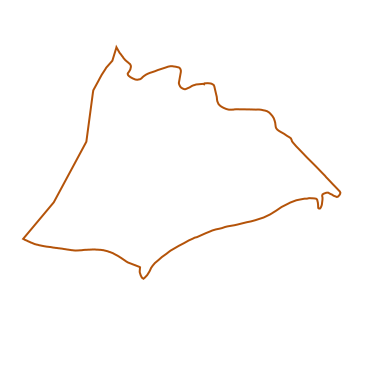 Dennery Village, Dennery, Saint Lucia, rotated 23°
{"feature_id": "8701671B98909054283677", "entity_name": "Dennery Village", "entity_type": "district", "adm_level": 2, "iso_a3": "LCA", "parent_name": "Saint Lucia", "parent_adm1": "Dennery", "projection": "mercator", "projection_center": [-60.891, 13.911], "detail": "fine", "context": "isolated", "style": "outline", "palette": "amber", "viewbox_px": 384, "rotation_deg": 23, "n_neighbors": 0, "source": "geoboundaries", "source_scale": "gbopen_adm2", "svg_char_len": 5837}
<svg xmlns="http://www.w3.org/2000/svg" viewBox="0 0 384 384"><g transform="rotate(23 192 192)"><path d="M65.9,88.3L66.0,88.9L67.4,102.3L64.5,111.0L64.2,113.1L63.1,119.3L62.8,122.3L62.7,123.3L62.4,126.8L61.4,137.0L61.8,138.5L61.9,139.0L75.1,187.0L73.5,204.5L68.8,255.5L54.9,301.1L56.0,301.2L56.8,301.3L57.6,301.3L58.5,301.3L59.1,301.3L59.5,301.3L60.1,301.4L60.8,301.4L61.2,301.4L61.9,301.4L62.5,301.4L63.4,301.5L64.0,301.4L65.0,301.4L65.8,301.4L66.3,301.4L66.8,301.4L67.3,301.4L67.7,301.4L68.1,301.3L68.9,301.2L69.7,301.1L70.4,300.9L71.3,300.8L72.2,300.7L73.0,300.5L73.5,300.4L74.6,300.2L75.5,300.0L76.0,299.9L77.0,299.7L77.4,299.6L78.2,299.4L79.1,299.2L80.2,298.9L81.1,298.6L82.2,298.3L83.1,298.0L84.0,297.8L84.4,297.7L85.4,297.5L85.9,297.4L87.2,297.0L88.1,296.8L88.4,296.7L88.9,296.5L90.0,296.2L90.9,296.0L92.1,295.6L93.3,295.3L93.6,295.2L94.2,295.0L95.5,294.7L96.5,294.5L97.5,294.2L99.2,293.8L100.0,293.6L100.6,293.4L101.1,293.3L101.5,293.2L102.5,292.9L103.4,292.7L104.2,292.5L104.7,292.3L105.8,292.0L106.1,291.9L106.5,291.8L107.6,291.4L108.3,291.1L109.3,290.6L110.0,290.3L111.0,289.8L111.7,289.4L112.5,289.1L113.0,288.8L113.6,288.5L114.0,288.2L114.7,287.8L115.4,287.4L116.1,287.1L116.4,286.9L116.8,286.7L117.3,286.5L117.7,286.3L118.6,285.9L119.3,285.5L120.3,285.1L121.0,284.7L121.5,284.5L122.5,284.0L122.8,283.8L123.4,283.6L123.8,283.4L124.2,283.2L125.1,282.8L126.0,282.6L127.1,282.2L127.5,282.0L128.4,281.7L129.3,281.4L130.0,281.1L131.0,280.8L131.4,280.7L132.1,280.5L132.6,280.4L133.0,280.2L133.9,280.1L135.1,279.9L135.7,279.8L136.9,279.6L137.9,279.5L138.7,279.5L139.5,279.4L140.3,279.3L141.1,279.3L141.8,279.3L142.7,279.2L143.6,279.3L144.5,279.4L145.6,279.5L146.5,279.6L147.2,279.6L147.6,279.7L148.3,279.7L148.9,279.8L149.4,279.9L149.8,279.9L150.2,280.0L151.2,280.2L152.0,280.3L152.5,280.4L152.8,280.4L153.9,280.7L154.7,280.8L155.5,281.0L156.7,281.2L157.5,281.4L158.4,281.6L159.1,281.7L159.8,281.8L160.6,281.9L172.4,281.5L173.1,281.5L173.6,281.6L174.4,284.1L174.5,284.4L175.0,285.8L175.4,286.5L177.5,288.9L178.4,289.6L179.3,290.4L181.2,290.8L181.9,289.5L183.2,286.1L183.9,281.7L184.0,279.6L184.0,278.0L184.6,275.1L185.6,271.9L187.8,267.6L189.7,263.6L192.6,258.9L194.3,255.8L195.2,254.3L200.9,246.7L204.7,242.1L208.0,237.8L210.9,234.7L212.3,233.0L214.2,231.6L218.0,227.5L220.7,224.6L224.0,221.3L225.7,219.5L228.6,217.1L231.4,215.2L233.7,213.5L236.1,211.3L238.1,209.8L244.2,205.9L246.7,204.1L250.0,201.6L254.4,198.3L255.9,197.3L257.8,196.0L261.2,193.3L267.9,187.5L272.6,182.2L276.9,176.1L280.3,170.8L285.2,165.0L286.6,163.3L291.2,158.9L293.8,157.1L298.3,154.1L300.3,153.3L302.2,151.9L305.7,150.6L307.5,150.0L308.9,149.7L309.7,149.9L310.3,150.3L312.0,152.6L313.1,154.6L314.2,156.9L314.5,157.4L315.5,157.6L316.4,157.0L316.6,155.7L316.6,153.9L316.4,152.6L315.1,148.1L314.4,146.3L313.6,145.1L313.3,144.7L313.1,143.2L313.9,142.1L315.9,140.2L317.6,139.4L320.0,139.7L322.0,139.7L323.7,140.1L325.8,140.0L327.3,140.0L328.2,139.2L328.9,137.3L329.1,135.8L328.8,134.6L328.2,134.1L327.9,133.8L321.2,130.9L318.1,129.6L315.2,128.3L309.6,125.9L308.1,125.1L304.0,123.4L296.5,120.2L286.3,116.1L283.6,115.0L276.9,112.1L270.0,109.2L265.5,107.0L264.2,106.2L263.2,105.0L262.6,104.5L262.2,104.1L261.8,103.9L260.9,103.7L259.3,103.4L258.2,103.3L257.6,103.2L255.6,102.8L254.3,102.5L250.8,102.1L250.5,102.1L247.8,101.7L246.0,101.2L245.3,100.8L244.5,100.3L243.9,99.7L243.1,98.5L242.8,97.9L242.1,96.8L241.7,96.0L240.4,94.3L238.5,92.2L236.4,90.7L234.4,89.7L232.1,88.7L229.6,88.3L227.5,88.5L225.7,88.9L223.9,89.2L223.4,89.3L221.5,89.9L219.6,90.7L219.1,91.0L216.0,92.2L215.5,92.4L211.7,93.9L200.8,98.4L200.3,98.6L199.7,98.9L198.9,99.3L198.3,99.7L197.7,100.1L197.3,100.2L197.0,100.4L196.4,100.7L195.5,101.1L194.8,101.4L194.1,101.7L193.6,101.8L193.3,101.9L192.5,102.0L191.8,102.1L191.0,102.2L190.2,102.2L189.5,102.2L188.5,102.2L188.1,102.2L187.2,102.1L186.9,102.1L186.2,102.0L185.6,101.9L185.0,101.8L184.2,101.6L183.5,101.3L183.2,101.2L182.8,101.0L182.4,100.9L182.1,100.7L181.3,100.0L180.9,99.6L180.3,99.0L179.7,98.4L179.3,97.7L178.8,97.0L178.5,96.3L178.1,95.7L177.8,95.0L174.2,90.1L171.3,86.1L170.3,85.1L169.7,85.0L169.0,84.8L167.5,84.7L166.1,85.0L165.5,85.2L164.8,85.4L163.5,85.9L162.7,86.3L161.9,86.7L161.1,87.1L161.1,88.1L160.4,88.1L160.0,88.1L155.7,90.4L153.8,91.4L153.3,91.9L152.9,92.2L152.5,92.6L152.1,92.9L151.6,93.2L151.3,93.6L150.7,94.2L150.4,94.5L149.8,95.4L149.4,96.0L149.1,96.4L148.4,97.2L148.1,97.5L147.5,98.1L146.8,98.9L146.4,99.3L145.8,99.9L144.9,100.3L144.3,100.4L143.9,100.4L143.5,100.4L142.9,100.4L142.2,100.3L141.4,100.2L140.6,99.9L139.7,99.4L139.3,99.0L138.7,98.5L138.2,98.0L137.7,97.4L137.3,96.8L134.8,85.8L134.6,85.3L134.2,84.4L133.5,83.6L133.2,83.3L132.2,82.7L131.8,82.6L131.2,82.5L130.6,82.6L130.2,82.7L129.6,82.8L128.8,82.9L127.4,83.2L126.1,83.6L125.6,83.7L124.7,83.9L123.5,84.4L122.9,84.7L122.3,85.1L121.1,85.9L118.9,87.9L112.9,93.1L112.4,93.6L111.9,94.1L111.3,94.7L111.0,95.0L110.5,95.5L109.9,96.0L109.6,96.3L109.0,96.8L108.1,97.6L107.5,98.1L106.8,98.7L106.4,99.1L105.8,99.7L105.3,100.2L104.8,100.8L104.6,101.0L104.1,101.6L103.7,102.1L103.2,102.9L102.8,103.5L102.5,104.0L102.3,104.3L101.9,105.1L101.5,105.9L101.4,106.3L101.2,106.8L100.9,107.4L100.5,108.0L100.0,108.6L99.3,109.0L98.7,109.4L98.1,109.9L97.4,110.2L96.6,110.4L95.9,110.6L95.2,110.6L94.8,110.6L94.2,110.6L93.6,110.6L92.9,110.6L92.2,110.5L91.8,110.5L91.4,110.4L90.5,110.4L89.6,110.1L88.6,109.9L88.2,109.7L87.7,109.5L87.3,109.2L86.9,108.7L86.6,108.3L86.6,107.5L86.8,106.7L87.0,106.0L87.1,105.2L87.2,104.5L87.3,103.5L87.3,103.0L87.1,102.1L87.0,101.5L86.9,100.8L86.6,100.1L86.2,99.5L85.4,98.8L85.0,98.5L84.3,98.3L83.6,98.1L82.8,97.8L82.1,97.6L81.4,97.4L80.4,97.1L79.9,96.9L79.5,96.8L79.2,96.7L78.5,96.4L77.8,96.0L77.0,95.7L76.4,95.3L75.7,94.8L75.0,94.4L74.4,94.1L73.6,93.6L72.8,93.1L72.0,92.7L71.6,92.5L71.0,92.2L65.9,88.3Z" fill="none" stroke="#b45309" stroke-width="2"/></g></svg>